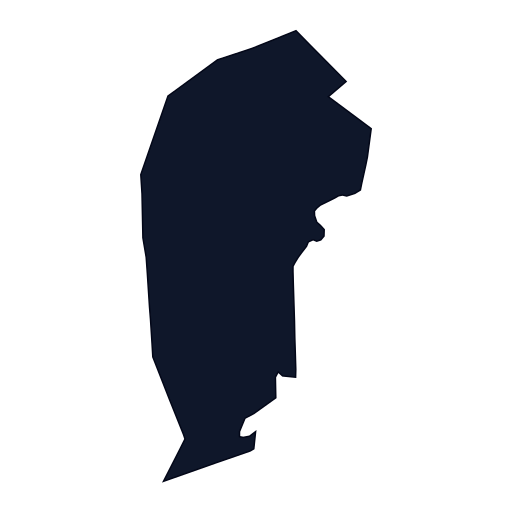 Gravatá, Pernambuco, Brazil (Equal Earth projection)
{"feature_id": "56859067B88428954360923", "entity_name": "Gravatá", "entity_type": "district", "adm_level": 2, "iso_a3": "BRA", "parent_name": "Brazil", "parent_adm1": "Pernambuco", "projection": "equal_earth", "projection_center": [-35.541, -8.216], "detail": "fine", "context": "isolated", "style": "filled", "palette": "ink", "viewbox_px": 512, "rotation_deg": 0, "n_neighbors": 0, "source": "geoboundaries", "source_scale": "gbopen_adm2", "svg_char_len": 1083}
<svg xmlns="http://www.w3.org/2000/svg" viewBox="0 0 512 512"><path d="M295.6,377.2L295.8,369.4L295.3,352.8L294.8,337.4L294.5,321.5L293.3,283.3L293.0,271.6L293.0,266.3L294.9,262.7L298.2,257.3L301.5,252.8L303.9,249.7L306.5,246.3L308.3,241.9L313.1,239.7L316.7,241.2L320.8,239.9L324.0,236.1L324.2,229.6L320.4,225.4L316.8,222.2L314.6,215.7L314.4,211.0L316.8,208.1L320.2,205.2L335.1,197.8L338.5,195.8L342.5,195.0L346.7,196.0L354.8,193.4L360.4,190.0L361.7,183.5L365.8,165.0L367.4,157.1L371.2,128.7L363.2,122.7L328.3,96.7L346.1,81.5L309.8,44.8L296.0,30.7L252.3,48.3L245.5,50.6L217.5,59.8L173.0,92.4L168.0,96.0L140.8,174.6L141.3,182.8L142.0,193.7L142.9,237.8L146.2,257.4L147.3,273.0L149.5,307.0L150.5,319.5L152.0,343.1L152.8,356.9L170.0,400.8L171.5,404.5L183.5,434.5L185.0,439.0L181.9,445.2L180.0,449.0L174.4,460.0L163.5,481.3L170.6,478.8L216.2,462.7L220.9,461.1L250.3,450.9L253.8,448.8L255.6,431.6L249.6,436.2L243.3,437.4L239.5,436.7L239.5,431.6L245.0,418.2L253.9,413.5L275.8,397.8L275.4,377.2L278.2,371.9L282.6,375.9L295.6,377.2Z" fill="#0f172a" stroke="#020617" stroke-width="1.5"/></svg>